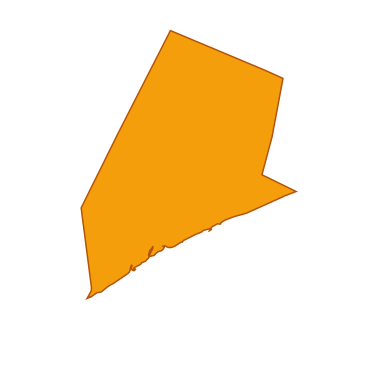 SVG path tracing the border of Jubbada Hoose, rotated 27°
{"feature_id": "SOM-2645", "entity_name": "Jubbada Hoose", "entity_type": "Region", "adm_level": 1, "iso_a3": "SOM", "parent_name": "Somalia", "parent_adm1": "", "projection": "robinson", "projection_center": [41.866, -0.188], "detail": "fine", "context": "isolated", "style": "filled", "palette": "amber", "viewbox_px": 384, "rotation_deg": 27, "n_neighbors": 0, "source": "natural_earth", "source_scale": "10m", "svg_char_len": 1900}
<svg xmlns="http://www.w3.org/2000/svg" viewBox="0 0 384 384"><g transform="rotate(27 192 192)"><path d="M146.9,332.6L147.1,326.7L146.8,324.9L145.8,322.8L142.6,318.1L138.4,312.0L134.2,305.8L129.9,299.5L125.8,293.5L122.0,288.0L117.4,281.2L113.1,275.0L109.0,269.0L106.8,265.8L104.7,262.7L102.6,259.6L100.5,256.5L100.4,249.3L100.3,242.7L100.2,236.0L100.1,225.7L100.0,215.5L99.9,205.2L99.7,195.0L99.7,188.6L99.6,182.2L99.5,174.5L99.5,162.7L99.5,150.9L99.5,139.0L99.5,127.2L99.5,115.4L99.5,103.6L99.5,91.8L99.5,80.0L99.5,68.2L99.5,58.0L137.2,55.2L202.3,50.4L221.5,49.5L238.2,106.2L246.5,144.9L284.0,144.3L284.5,144.3L276.6,153.1L260.0,173.9L249.9,186.4L245.0,190.9L239.7,195.8L234.0,202.3L232.0,205.6L231.8,206.6L231.8,207.4L231.6,208.0L229.6,208.5L228.9,209.1L225.6,214.1L225.2,215.7L226.2,216.7L225.4,218.2L225.1,218.6L225.1,218.0L225.0,217.6L224.9,217.1L224.5,216.7L220.0,220.6L219.4,221.5L218.8,223.1L217.5,224.8L214.8,227.7L206.5,239.0L206.2,239.8L206.2,240.5L206.1,241.1L205.3,241.3L205.0,241.6L201.6,247.6L199.5,250.1L198.3,251.1L196.9,251.9L195.3,252.3L192.8,252.2L191.6,252.5L190.8,253.5L192.4,253.9L192.4,255.8L191.6,257.8L191.1,258.7L189.9,259.5L188.7,261.1L187.7,263.2L187.3,264.9L187.0,265.7L184.2,268.1L183.3,268.7L182.9,268.0L182.6,264.1L182.7,260.3L182.2,258.7L181.7,258.7L181.9,260.2L181.6,261.2L181.2,262.2L181.0,263.3L181.1,264.4L181.5,265.8L181.7,266.9L181.9,268.0L182.5,268.6L183.0,269.0L183.4,269.8L183.2,270.9L182.4,272.9L182.2,274.0L181.7,275.2L179.8,277.2L179.3,277.9L179.2,279.1L178.8,280.1L178.2,281.1L175.1,285.3L174.7,286.3L175.0,287.2L175.6,287.1L176.4,286.6L177.0,286.0L176.0,288.5L174.2,288.8L172.4,287.3L171.9,284.7L171.3,284.7L171.4,286.6L172.4,290.0L172.5,291.8L172.0,293.5L163.3,309.4L161.3,312.2L159.7,315.0L156.6,322.1L155.0,323.5L153.1,324.8L150.1,330.4L148.5,332.0L149.0,332.0L146.8,334.5L146.9,332.6Z" fill="#f59e0b" stroke="#b45309" stroke-width="1.5"/></g></svg>